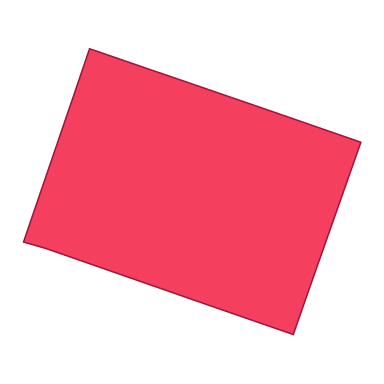 Minnehaha, South Dakota, United States of America, rotated 199°
{"feature_id": "52423323B45663566058886", "entity_name": "Minnehaha", "entity_type": "district", "adm_level": 2, "iso_a3": "USA", "parent_name": "United States of America", "parent_adm1": "South Dakota", "projection": "orthographic", "projection_center": [-96.654, 43.675], "detail": "fine", "context": "isolated", "style": "filled", "palette": "rose", "viewbox_px": 384, "rotation_deg": 199, "n_neighbors": 0, "source": "geoboundaries", "source_scale": "gbopen_adm2", "svg_char_len": 463}
<svg xmlns="http://www.w3.org/2000/svg" viewBox="0 0 384 384"><g transform="rotate(199 192 192)"><path d="M335.0,89.8L311.9,91.0L151.3,90.4L49.8,90.2L49.6,141.0L48.5,294.0L135.4,294.2L150.1,294.2L192.2,294.2L193.3,294.2L210.4,294.2L227.5,294.2L272.6,294.1L273.7,294.1L277.0,294.1L335.5,294.1L335.3,243.4L335.3,242.7L335.3,231.4L335.3,230.0L335.2,191.9L335.2,183.3L335.1,123.8L335.1,115.8L335.0,89.8Z" fill="#f43f5e" stroke="#9f1239" stroke-width="1.5"/></g></svg>